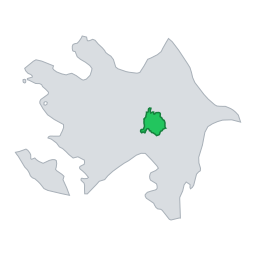 Kurdamir District, Kürdəmir, Azerbaijan (highlighted)
{"feature_id": "54616110B82810927503709", "entity_name": "Kurdamir District", "entity_type": "district", "adm_level": 2, "iso_a3": "AZE", "parent_name": "Azerbaijan", "parent_adm1": "Kürdəmir", "projection": "mercator", "projection_center": [48.161, 40.284], "detail": "fine", "context": "in_parent", "style": "filled", "palette": "green", "viewbox_px": 256, "rotation_deg": 0, "n_neighbors": 0, "source": "geoboundaries", "source_scale": "gbopen_adm2", "svg_char_len": 4700}
<svg xmlns="http://www.w3.org/2000/svg" viewBox="0 0 256 256"><path d="M180.4,218.1L179.2,218.0L171.0,220.0L169.3,219.3L162.2,210.3L160.8,209.3L157.7,208.9L155.9,207.4L154.5,205.0L153.7,203.2L146.4,198.3L145.3,196.5L145.1,194.9L146.2,193.5L147.4,192.3L151.0,191.1L155.2,190.0L156.5,189.3L157.2,188.0L157.1,185.9L156.5,183.8L150.5,180.1L149.8,178.4L149.6,176.5L150.0,174.4L150.9,172.7L155.8,170.5L158.4,168.2L156.8,165.7L151.5,159.8L145.3,153.4L141.1,153.3L136.3,155.2L128.6,160.7L124.3,163.1L118.8,166.9L112.8,171.3L107.8,175.8L104.7,179.6L99.2,181.3L96.5,184.4L87.3,193.9L84.7,193.8L84.5,189.1L84.6,185.4L84.1,183.2L81.1,180.3L81.0,179.0L81.8,178.2L84.1,178.7L87.1,178.5L88.5,177.4L85.3,173.5L82.5,170.9L80.2,169.1L79.6,168.1L79.6,167.3L80.1,166.4L84.2,164.3L84.6,162.3L84.3,160.1L77.9,156.8L73.1,158.0L68.7,154.4L66.0,151.6L62.5,148.5L59.4,146.9L56.5,143.0L51.3,139.1L48.0,138.0L48.1,137.4L48.7,136.7L50.0,136.1L59.2,136.2L60.3,135.5L60.9,133.8L62.2,131.3L63.6,127.6L63.5,124.5L54.3,119.5L47.6,114.8L43.0,108.7L39.8,103.1L39.9,101.2L40.8,99.5L48.0,94.3L48.5,92.9L48.3,92.0L45.8,89.4L42.6,86.6L41.6,84.6L39.5,83.6L35.7,83.5L29.0,80.2L27.5,79.8L27.2,79.2L27.5,78.5L32.3,77.1L32.3,76.0L30.8,74.5L28.1,73.4L25.6,70.7L24.7,68.3L33.4,61.2L36.0,59.8L41.7,61.1L53.5,65.8L52.7,68.4L53.9,69.9L56.6,71.9L61.8,73.9L66.2,74.9L68.4,74.1L71.8,73.3L76.2,75.6L80.3,78.6L82.3,79.8L83.4,80.1L86.4,79.1L90.1,75.3L91.6,70.8L92.0,68.5L89.8,65.5L85.4,62.2L80.4,59.3L77.2,56.7L75.2,51.6L73.1,51.1L72.6,50.4L72.3,48.7L72.3,46.2L73.1,44.4L75.1,43.6L77.1,43.3L78.9,41.5L81.3,38.0L82.2,36.0L86.6,37.1L87.2,40.3L87.9,40.9L89.7,40.6L92.7,39.3L95.1,40.3L98.2,44.0L102.4,47.9L104.7,50.6L105.6,52.4L107.8,54.2L110.9,56.2L113.4,59.5L115.7,67.0L118.0,68.8L126.1,71.6L129.0,72.2L137.0,73.2L139.8,72.5L144.0,66.0L147.7,59.3L151.1,57.9L157.4,54.7L161.2,51.6L162.8,48.3L166.3,42.1L168.5,38.5L172.2,41.7L178.6,50.1L187.7,63.9L190.0,67.7L191.4,72.2L192.7,77.7L194.8,82.5L204.0,94.5L208.1,99.0L214.6,104.7L216.9,106.0L219.9,106.3L225.5,106.4L230.7,108.6L233.3,110.2L235.9,112.5L238.3,115.1L240.6,122.1L231.7,119.8L222.6,120.1L217.5,121.6L212.6,123.7L207.9,126.6L204.9,132.2L202.4,145.2L198.7,157.3L198.9,162.9L200.5,168.3L200.3,170.8L198.6,171.9L196.5,174.2L193.7,185.2L192.3,187.4L190.5,188.8L190.0,187.5L190.1,184.6L186.2,182.0L184.1,184.9L182.7,190.9L179.8,197.3L179.7,198.5L180.4,218.1ZM46.9,104.3L47.3,102.5L46.2,101.7L45.0,101.7L44.0,102.6L44.0,104.8L45.4,105.2L46.9,104.3ZM17.3,155.1L16.0,153.3L15.4,152.3L19.3,151.5L26.0,149.1L27.8,150.3L29.7,152.7L30.7,154.8L30.8,158.7L31.6,159.3L34.8,158.0L36.3,159.6L38.8,161.4L43.1,163.3L49.3,160.4L52.4,159.6L54.9,159.7L56.3,160.6L56.7,163.6L56.2,167.3L55.5,169.3L56.8,170.8L61.9,174.3L64.0,176.3L63.0,179.7L66.8,188.1L68.0,191.3L69.5,195.3L61.8,193.7L47.8,190.4L44.0,188.6L40.4,184.0L38.2,181.7L35.0,178.9L32.4,177.8L30.4,175.8L29.2,172.8L27.6,170.1L24.7,167.0L18.2,156.2L17.3,155.1ZM25.6,82.4L24.8,83.0L23.4,82.4L23.0,81.1L23.1,79.6L24.5,79.3L25.5,79.7L25.8,81.0L25.6,82.4Z" fill="#d9dde1" stroke="#a8b0b8" stroke-width="1"/><path d="M148.6,108.8L148.5,109.3L148.4,109.9L148.4,110.5L148.3,111.0L148.2,111.7L147.9,112.1L147.3,112.3L146.5,112.2L146.5,112.8L146.4,114.0L146.4,114.3L146.1,115.1L145.9,116.2L145.9,116.6L145.7,117.2L145.2,117.7L144.6,118.3L144.3,119.0L143.9,119.1L144.1,120.1L144.0,121.2L144.0,122.9L144.1,123.9L144.4,124.7L144.4,125.8L144.4,126.8L144.3,127.1L144.0,127.6L143.8,128.2L143.6,128.7L143.4,129.1L142.9,129.4L142.1,129.5L141.5,129.5L141.1,129.7L140.8,130.1L140.6,130.7L140.6,131.0L140.6,131.4L140.9,132.0L141.3,132.4L141.7,132.8L142.0,132.7L142.6,132.2L142.9,132.0L143.5,132.0L144.0,132.5L144.6,132.8L145.1,132.7L145.4,131.6L145.1,130.9L145.2,130.5L145.9,130.7L146.1,130.3L146.4,129.6L146.8,128.9L147.5,128.7L148.4,128.7L149.0,129.4L149.4,130.2L149.5,130.8L150.4,130.8L150.6,130.8L151.2,132.0L151.8,132.6L152.5,132.7L153.2,132.8L153.8,133.3L155.3,134.3L156.0,135.0L156.5,135.6L156.9,135.5L157.4,135.3L158.1,135.1L158.6,134.9L159.1,134.7L159.5,134.2L159.7,133.6L159.9,132.9L160.0,132.3L160.5,131.7L160.8,131.2L161.1,131.0L161.8,130.9L162.3,130.4L162.9,129.5L163.1,129.1L164.2,128.7L165.0,128.3L165.6,128.1L165.3,127.9L165.2,127.2L164.9,126.6L164.9,126.1L165.0,125.2L164.9,124.4L165.0,123.6L165.0,122.9L164.8,122.2L164.4,120.9L164.0,120.3L163.7,120.4L163.0,119.7L162.1,118.7L161.9,118.0L161.1,117.3L160.2,116.7L160.1,116.0L160.3,115.0L160.3,113.7L159.8,112.9L158.8,112.5L157.1,112.6L156.1,112.6L155.4,113.3L154.6,114.1L153.7,113.9L153.7,112.9L153.7,112.1L152.7,112.0L151.5,112.6L150.8,113.0L150.3,111.7L150.3,110.9L150.4,109.9L150.9,108.8L150.9,108.2L150.3,108.2L149.8,108.0L149.4,108.1L149.0,108.7L148.6,108.8Z" fill="#22c55e" stroke="#15803d" stroke-width="1.5"/></svg>